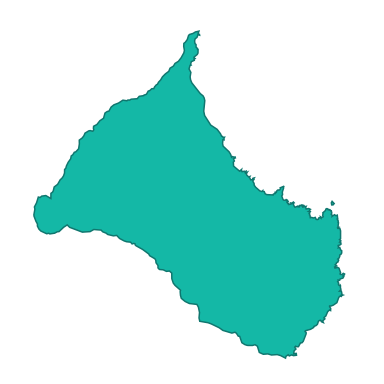 Santo Antonio Das Pombas, Paul, Cabo Verde (Mercator projection), rotated 3°
{"feature_id": "66160863B53098387752451", "entity_name": "Santo Antonio Das Pombas", "entity_type": "district", "adm_level": 2, "iso_a3": "CPV", "parent_name": "Cabo Verde", "parent_adm1": "Paul", "projection": "mercator", "projection_center": [-24.994, 17.119], "detail": "fine", "context": "isolated", "style": "filled", "palette": "teal", "viewbox_px": 384, "rotation_deg": 3, "n_neighbors": 0, "source": "geoboundaries", "source_scale": "gbopen_adm2", "svg_char_len": 6045}
<svg xmlns="http://www.w3.org/2000/svg" viewBox="0 0 384 384"><g transform="rotate(3 192 192)"><path d="M35.4,215.2L36.0,217.3L35.3,222.9L35.5,224.4L37.7,229.4L39.3,232.0L39.4,234.1L41.1,237.1L43.1,238.9L49.1,241.3L51.1,240.7L52.2,241.3L57.0,240.3L59.5,238.8L61.3,238.5L65.7,233.9L69.1,231.4L71.7,233.7L84.6,237.8L92.3,236.9L95.9,234.6L103.2,234.8L104.9,236.4L108.4,237.6L110.0,238.8L115.8,239.9L119.1,239.3L122.1,242.2L126.8,244.4L129.3,245.1L133.3,245.3L134.9,247.0L136.5,246.4L137.7,246.6L138.1,247.9L138.9,248.6L145.8,252.0L152.1,256.2L153.0,257.8L158.4,260.6L159.4,262.1L159.8,264.6L161.9,267.2L162.0,269.5L162.7,270.4L163.8,271.1L167.3,271.2L170.6,272.6L173.6,272.1L176.0,274.0L176.4,279.7L178.1,284.0L180.0,286.2L185.7,290.7L185.4,292.1L185.9,295.8L186.9,298.8L190.9,301.7L195.2,303.5L202.8,304.0L204.4,306.6L205.8,311.9L205.6,317.4L206.5,320.7L214.9,321.7L218.1,322.7L226.2,326.1L230.1,328.6L239.2,330.8L242.3,329.8L243.8,330.8L245.7,333.5L247.2,333.7L249.7,339.9L252.7,341.6L255.3,342.3L260.4,342.1L263.0,341.2L265.4,342.6L267.6,348.7L271.7,350.3L276.2,349.7L279.9,350.6L285.6,349.9L289.0,350.7L294.1,353.0L294.4,351.2L296.6,349.5L297.7,350.6L300.0,349.5L301.9,350.1L304.7,349.6L304.3,349.0L304.8,348.5L304.5,347.7L302.0,348.2L302.3,345.2L304.0,343.4L302.7,341.6L303.5,340.6L304.7,341.0L306.4,340.9L308.2,337.1L309.7,336.8L310.9,335.3L313.4,327.6L313.3,326.3L312.2,325.5L312.5,324.6L317.6,322.9L320.6,320.9L320.8,319.9L323.0,318.8L324.2,317.5L325.0,314.5L326.0,313.6L327.1,313.4L328.1,314.8L330.0,315.5L329.2,313.9L331.3,311.8L330.7,311.5L330.4,310.5L332.1,308.9L333.8,304.3L335.6,302.6L336.6,303.1L336.6,301.0L335.4,299.4L335.4,298.6L336.7,298.6L339.0,297.6L342.5,294.9L344.1,289.5L345.5,288.1L346.5,288.5L347.1,287.5L348.2,287.0L347.2,286.7L346.5,287.0L347.0,285.5L346.3,283.1L344.5,283.3L345.8,281.5L345.2,279.6L345.2,277.8L344.8,277.1L344.3,277.7L343.5,277.4L343.0,276.3L343.3,275.4L342.1,273.8L343.1,272.9L342.7,272.3L344.1,272.3L344.5,271.1L347.2,270.1L348.0,268.5L347.1,268.0L348.5,266.8L348.7,265.9L347.3,265.3L346.3,266.4L344.8,266.6L344.1,266.1L344.6,264.7L342.8,260.4L341.4,259.7L338.8,260.5L338.3,259.4L340.3,258.2L338.8,257.2L339.9,255.9L340.0,255.1L341.5,254.1L341.3,253.7L342.0,252.7L341.7,251.5L341.2,251.3L342.2,250.4L342.9,248.7L342.8,247.2L343.9,246.6L344.7,245.1L344.6,242.8L343.4,242.0L342.5,239.7L341.1,240.0L341.5,239.3L340.7,238.2L340.8,237.7L342.5,237.2L343.6,236.1L343.0,235.6L343.2,234.4L342.1,234.3L343.1,232.8L341.8,231.8L342.8,230.9L342.4,223.0L341.5,220.5L339.5,220.7L339.2,220.2L340.2,219.4L339.6,219.3L339.9,215.0L339.4,214.6L339.6,213.3L338.7,212.2L339.0,211.5L338.4,211.2L338.8,210.7L338.3,207.5L336.9,208.1L335.5,207.2L333.2,209.0L333.3,207.9L332.2,207.0L332.7,205.6L332.1,203.5L331.6,203.6L331.0,202.7L330.2,202.9L330.1,202.4L328.8,202.5L328.7,201.9L327.6,201.5L326.7,201.9L326.2,203.5L323.7,206.0L324.0,206.7L323.7,208.5L324.3,209.7L324.0,210.2L322.9,210.7L321.6,210.0L322.0,211.3L321.1,210.8L319.9,211.3L319.6,212.6L318.5,213.0L317.4,212.8L316.4,210.9L314.6,211.6L312.7,211.1L311.5,211.5L311.0,209.0L310.5,208.7L310.6,207.5L310.1,207.2L311.1,205.5L309.5,205.3L310.6,204.6L310.5,203.6L311.1,203.1L309.4,202.4L306.9,203.0L306.3,201.3L306.7,200.4L304.1,201.1L304.7,199.9L304.4,199.6L303.3,200.9L302.4,199.9L303.0,199.3L302.4,199.1L302.0,199.9L300.7,199.6L300.4,199.9L301.0,200.5L300.2,200.1L299.8,201.3L298.4,201.1L299.1,200.2L295.7,201.8L295.0,201.2L293.7,198.7L293.6,198.1L294.6,197.5L293.8,196.7L292.8,197.5L292.9,198.0L291.3,197.8L291.8,198.6L291.3,198.9L289.4,199.4L289.2,198.6L288.5,198.7L287.5,197.4L288.1,197.4L288.8,195.7L288.1,196.4L287.3,195.7L287.5,195.1L286.4,194.6L285.8,195.3L284.2,195.4L283.3,194.8L281.8,191.2L282.6,190.0L282.2,187.4L283.3,183.1L282.9,182.3L283.8,181.3L279.8,183.2L280.2,184.3L279.5,185.3L277.4,185.6L276.6,186.5L276.2,188.0L275.6,188.0L275.3,188.7L275.0,188.2L274.7,189.1L273.2,190.1L273.2,190.7L266.8,190.7L265.2,190.0L264.1,187.8L262.5,187.5L262.5,187.1L261.8,187.9L259.6,187.3L255.3,183.9L253.8,182.0L253.5,180.1L252.4,178.5L252.2,177.3L253.3,176.3L253.0,175.4L253.4,174.7L252.1,175.1L251.6,176.5L250.0,176.8L248.6,174.4L249.0,173.5L247.8,174.0L245.8,172.3L245.1,170.4L246.4,169.7L245.8,169.7L246.0,169.4L244.6,170.1L244.9,168.4L243.5,169.1L243.1,168.5L241.0,169.1L240.7,168.4L239.9,168.3L240.2,167.0L238.4,168.7L232.2,164.0L231.7,160.0L232.7,158.8L231.6,156.6L233.3,155.8L232.9,155.4L233.8,154.6L232.3,155.0L230.4,154.5L229.7,155.2L228.6,152.4L226.9,149.9L220.7,144.6L220.0,142.1L220.1,138.2L221.3,138.3L221.1,136.7L221.6,135.6L220.2,135.8L219.5,134.9L218.7,134.8L217.3,132.2L213.8,128.1L207.2,124.2L200.6,115.0L199.5,110.7L200.0,100.1L199.2,97.4L198.0,95.4L195.1,93.3L186.1,83.0L184.7,80.0L184.1,77.2L184.6,72.6L182.6,69.3L183.4,65.8L184.5,65.3L183.9,64.6L184.5,61.9L187.4,60.4L187.0,59.3L188.1,58.6L187.0,57.9L186.9,57.3L190.1,54.3L190.7,52.9L190.6,49.3L190.0,49.2L189.9,48.3L188.5,47.2L188.3,44.5L187.2,43.6L186.7,41.0L187.1,38.9L188.9,37.3L189.7,34.6L191.4,35.0L191.2,34.2L189.7,33.9L190.5,31.0L187.0,32.0L184.7,33.6L181.3,34.8L180.4,35.8L179.3,40.0L177.4,42.9L176.1,44.0L176.1,47.0L177.0,51.0L176.6,53.4L174.2,58.4L171.6,62.2L168.3,64.5L166.9,67.2L163.6,69.5L162.5,72.7L159.2,75.5L156.5,78.5L154.8,81.8L152.8,84.1L151.9,86.2L150.8,86.8L149.1,89.0L148.4,90.8L146.5,90.9L144.4,93.0L143.0,93.5L141.4,96.8L138.9,97.8L138.7,98.3L134.3,99.2L132.4,101.7L126.4,102.5L124.9,103.5L123.2,103.5L122.2,104.3L118.2,103.9L114.0,107.0L109.5,109.0L106.8,111.4L104.8,115.6L103.2,116.0L101.0,117.7L99.8,123.0L96.3,125.6L93.5,129.6L90.3,131.5L90.2,133.6L90.7,135.0L89.7,136.5L87.1,136.0L85.6,136.4L82.1,138.8L81.1,141.5L79.5,143.8L76.7,146.1L77.0,149.9L76.5,154.8L73.8,158.0L72.4,158.5L71.0,161.1L69.5,162.3L69.1,165.2L66.8,168.8L65.2,172.6L64.8,174.7L63.6,176.2L63.7,179.8L62.8,182.8L61.3,185.2L59.8,186.6L57.4,191.4L54.1,194.2L53.4,198.1L52.7,199.5L51.2,200.7L51.4,205.9L46.2,203.2L42.1,204.0L40.7,205.4L38.8,205.1L37.3,211.0L35.4,215.2ZM334.6,196.1L332.4,194.0L331.7,195.5L332.2,197.6L333.5,197.5L334.6,196.1Z" fill="#14b8a6" stroke="#0f766e" stroke-width="1.5"/></g></svg>